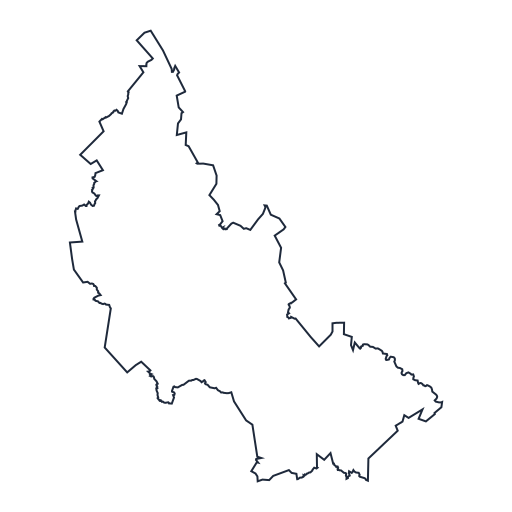 the district of El Oro, Durango, Mexico
{"feature_id": "50627088B64082944124553", "entity_name": "El Oro", "entity_type": "district", "adm_level": 2, "iso_a3": "MEX", "parent_name": "Mexico", "parent_adm1": "Durango", "projection": "albers", "projection_center": [-105.231, 25.637], "detail": "fine", "context": "isolated", "style": "outline", "palette": "slate", "viewbox_px": 512, "rotation_deg": 0, "n_neighbors": 0, "source": "geoboundaries", "source_scale": "gbopen_adm2", "svg_char_len": 6004}
<svg xmlns="http://www.w3.org/2000/svg" viewBox="0 0 512 512"><path d="M127.2,372.4L135.8,365.1L141.2,361.7L150.4,370.4L149.4,371.4L148.1,371.6L150.2,373.6L151.4,374.1L150.2,374.7L150.9,375.5L150.2,376.0L151.2,376.5L152.5,376.1L153.4,376.3L154.0,377.3L154.2,378.8L156.5,381.3L157.7,383.7L156.8,384.1L156.3,384.9L156.9,385.6L156.8,386.5L157.3,387.0L156.7,387.6L157.2,388.3L156.3,388.7L156.6,390.6L157.7,393.1L157.5,395.0L158.2,397.5L157.6,398.1L158.7,399.6L159.8,400.0L159.7,400.3L160.6,400.4L160.4,401.0L161.6,401.1L161.9,401.8L163.0,401.7L164.1,402.6L165.4,402.8L168.3,402.3L168.9,402.9L169.0,403.4L171.8,403.6L174.0,397.5L173.1,395.1L174.3,394.9L174.7,393.6L174.2,392.5L172.0,391.6L172.0,390.9L173.5,386.7L174.3,386.4L175.0,387.1L177.8,387.4L182.2,384.9L183.5,384.8L188.9,380.7L191.4,380.6L192.2,380.0L193.4,380.0L196.0,378.8L197.0,379.0L200.2,380.8L201.6,382.2L202.1,381.7L202.7,381.7L203.7,380.5L204.5,380.2L205.7,382.1L205.2,382.7L205.0,383.5L205.6,384.2L207.6,384.8L209.8,387.3L214.7,388.3L216.1,387.8L217.9,390.2L220.0,391.3L221.1,392.5L222.8,392.4L223.5,392.8L226.9,393.2L228.7,393.1L231.3,392.3L234.0,401.4L246.1,420.4L252.4,424.7L257.3,456.7L261.2,458.0L256.2,459.0L256.0,459.9L258.1,462.6L256.8,462.3L251.3,471.2L255.5,473.5L257.4,476.4L257.7,481.3L262.5,479.6L269.2,480.1L273.2,475.9L288.9,470.1L291.6,472.9L296.4,473.8L297.2,479.2L297.9,479.1L300.0,477.6L301.8,477.6L303.1,476.6L303.4,476.7L303.7,476.0L303.6,475.4L304.1,475.7L304.6,474.7L305.0,475.1L305.6,474.5L306.1,474.5L307.0,473.5L307.6,473.5L309.1,472.5L310.4,472.4L312.3,470.6L312.5,469.8L314.2,467.7L316.5,468.5L317.5,467.7L317.0,467.4L316.8,454.2L324.2,459.8L330.5,453.1L333.1,463.4L333.5,463.2L333.9,463.5L334.3,465.0L336.0,466.2L336.2,466.8L337.6,466.5L337.9,467.1L337.2,467.3L338.0,468.6L337.6,469.5L337.8,470.0L338.9,469.9L339.4,470.3L341.0,470.4L343.9,472.8L345.4,473.0L346.2,473.5L345.9,475.6L346.6,477.2L346.5,478.8L347.9,478.1L347.9,476.6L349.7,475.6L348.9,473.0L349.1,471.3L351.7,472.9L352.3,472.4L353.4,470.1L354.4,471.5L355.9,472.5L358.7,472.8L359.6,474.7L359.2,476.0L359.8,476.7L364.7,478.2L365.6,479.0L366.0,479.9L367.9,480.7L368.4,458.5L397.7,430.7L395.7,425.7L402.5,421.6L404.3,415.2L408.6,417.9L422.5,409.4L418.6,418.8L425.9,421.4L434.8,414.1L434.5,413.0L441.4,407.2L442.1,402.0L441.2,402.4L439.0,402.4L435.7,401.6L434.7,400.4L436.6,398.5L437.2,396.8L436.9,395.7L436.2,394.7L432.3,391.6L432.0,389.5L431.3,387.6L429.8,386.4L427.4,385.2L426.8,385.2L426.3,385.8L425.2,386.2L424.1,385.4L423.4,385.4L422.3,383.9L421.0,383.1L420.2,383.0L418.6,383.9L418.1,382.9L417.6,380.5L415.1,380.2L413.3,379.3L413.3,378.1L413.9,376.4L413.2,374.4L411.4,374.6L410.6,373.7L408.4,372.4L406.3,373.2L404.8,375.1L403.2,375.1L402.0,374.3L401.5,373.0L402.1,371.5L402.5,371.0L402.2,369.2L399.9,368.0L397.9,367.7L396.4,366.4L394.3,361.6L394.8,360.6L394.9,358.9L394.3,357.7L393.6,357.2L390.7,356.7L389.7,357.7L388.9,359.5L386.6,360.0L386.0,359.8L385.7,358.9L386.1,357.6L386.6,356.0L387.3,355.3L386.9,354.0L382.9,353.5L382.4,351.6L381.8,350.8L379.1,349.1L377.8,348.4L375.6,348.6L372.9,346.9L370.2,346.7L368.3,344.9L367.3,344.4L364.1,344.2L362.9,344.6L362.8,345.8L361.2,346.4L360.9,346.9L361.1,347.2L361.0,347.8L360.4,348.0L360.2,348.6L359.8,348.5L354.8,342.5L353.0,350.1L351.0,345.1L351.8,336.9L343.9,334.2L344.1,322.7L336.4,322.8L332.5,323.3L332.5,331.5L330.8,334.7L319.1,346.4L310.7,337.0L295.6,318.5L294.6,318.7L291.1,316.9L290.9,317.8L288.9,318.4L288.5,317.5L287.3,317.0L287.1,314.5L289.0,313.3L288.0,312.4L288.6,309.5L289.8,307.7L289.6,306.2L288.6,304.6L288.7,304.2L289.7,303.5L290.9,303.4L291.1,302.8L292.0,302.6L296.1,299.4L284.9,283.3L285.8,282.6L283.1,270.4L279.2,262.4L281.1,247.8L274.7,235.6L283.6,229.4L285.4,227.0L279.4,218.5L270.8,214.7L266.8,205.6L264.6,205.4L265.4,207.0L265.1,208.4L262.9,213.9L258.1,219.3L250.3,229.9L246.2,228.2L243.8,228.8L240.5,225.8L233.2,222.7L231.4,223.6L226.9,228.5L226.8,229.1L225.3,229.3L224.3,227.8L224.4,228.7L223.4,229.2L222.3,228.1L222.7,227.5L222.1,227.8L220.6,225.7L220.0,225.4L219.4,225.7L219.1,225.0L220.0,224.5L222.6,221.2L220.2,215.1L216.6,214.2L219.7,211.2L218.0,205.0L213.8,199.7L209.4,195.1L216.4,183.8L216.6,175.6L213.1,165.3L203.4,163.6L197.3,163.7L196.7,163.3L197.8,162.5L188.6,146.2L185.7,145.0L186.3,132.4L176.8,135.0L178.0,123.4L181.0,119.4L181.5,113.2L183.0,112.1L178.7,107.4L176.7,95.6L185.1,91.7L185.2,91.3L177.1,75.3L177.6,74.0L179.1,72.5L175.2,65.9L174.2,68.3L174.2,69.5L172.9,71.9L171.9,71.9L171.7,69.0L163.0,50.5L150.7,30.7L144.5,32.7L136.7,40.3L152.8,58.5L151.4,59.9L148.0,61.6L146.8,62.7L146.5,63.3L146.4,65.2L146.2,65.3L146.3,66.2L139.6,66.1L143.4,72.3L127.9,91.3L128.6,92.0L128.6,92.5L128.2,92.8L128.3,94.2L127.7,96.1L128.2,98.1L126.8,101.0L126.8,102.0L126.2,102.2L126.5,103.0L126.1,104.2L123.5,108.9L121.9,113.7L118.3,112.4L117.8,111.0L116.5,109.8L115.5,110.7L114.4,110.5L113.4,111.5L113.5,111.8L112.8,112.7L111.6,113.2L111.2,114.0L109.0,116.0L105.9,117.6L105.6,117.2L102.6,119.3L102.0,118.9L99.4,121.6L103.6,131.3L80.2,154.8L90.7,164.0L96.7,160.4L102.9,170.2L95.5,173.1L95.2,175.4L94.6,176.9L92.5,177.4L92.6,178.4L96.2,181.1L95.6,181.2L95.5,181.8L94.2,182.9L94.2,183.9L93.5,185.2L93.6,187.5L92.7,187.8L93.0,188.7L92.0,189.9L92.2,190.3L92.0,191.4L92.4,192.4L94.3,193.5L95.9,195.7L96.6,196.0L97.7,195.4L98.9,195.4L97.4,198.2L96.1,199.4L95.6,200.6L95.0,201.3L95.2,203.2L94.4,204.3L94.0,205.7L92.7,206.0L91.0,204.6L90.0,202.7L88.8,201.7L88.1,203.5L86.7,204.8L86.5,206.0L85.8,206.0L84.1,204.5L82.3,205.6L79.6,206.0L78.9,206.6L77.7,208.9L76.1,208.4L75.4,210.6L75.4,211.5L75.0,211.5L76.1,219.4L82.3,241.6L69.9,242.5L72.1,259.0L73.9,269.6L83.1,282.5L87.6,281.8L90.1,283.8L91.9,283.5L93.3,284.0L93.9,285.0L94.0,285.9L95.3,286.0L96.8,287.7L96.8,289.6L98.2,291.3L98.1,292.7L99.2,293.3L100.6,295.1L98.4,295.6L94.3,297.7L93.5,298.8L93.5,299.5L94.8,299.7L95.1,300.4L95.8,300.9L97.9,301.3L99.5,303.0L100.5,302.9L101.4,303.6L103.1,304.1L104.5,303.6L105.4,303.9L106.0,304.6L109.2,304.9L109.9,307.1L110.8,308.4L104.7,347.5L127.2,372.4Z" fill="none" stroke="#1e293b" stroke-width="2"/></svg>